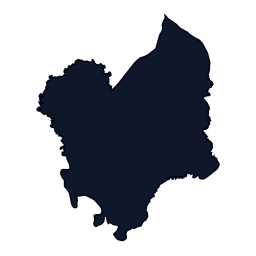 outline of Na Thom, Nakhon Phanom, Thailand
{"feature_id": "78962969B75558951633427", "entity_name": "Na Thom", "entity_type": "district", "adm_level": 2, "iso_a3": "THA", "parent_name": "Thailand", "parent_adm1": "Nakhon Phanom", "projection": "robinson", "projection_center": [104.092, 17.839], "detail": "fine", "context": "isolated", "style": "filled", "palette": "ink", "viewbox_px": 256, "rotation_deg": 0, "n_neighbors": 0, "source": "geoboundaries", "source_scale": "gbopen_adm2", "svg_char_len": 5722}
<svg xmlns="http://www.w3.org/2000/svg" viewBox="0 0 256 256"><path d="M108.3,223.4L109.1,222.7L111.0,222.8L113.2,224.5L117.3,225.1L118.9,226.6L117.3,230.7L114.0,233.9L113.9,234.7L116.4,238.1L118.3,239.6L122.0,240.6L124.0,240.1L126.3,238.3L125.8,233.8L126.3,231.6L129.3,229.2L130.1,229.6L131.4,227.7L134.1,228.4L137.8,226.5L139.2,226.3L139.8,225.5L140.8,226.0L143.2,221.5L146.1,219.6L146.4,218.4L147.7,216.7L147.1,212.7L145.6,210.1L146.5,207.8L146.3,206.7L148.7,202.3L149.8,201.8L149.5,200.9L150.2,198.5L151.9,197.7L152.3,196.7L154.1,196.4L154.0,195.4L152.9,192.9L154.8,192.8L155.6,191.3L156.7,190.9L156.5,188.5L158.3,187.6L159.2,185.8L159.3,184.8L167.2,179.9L167.7,179.0L168.9,179.4L169.2,178.6L168.3,178.1L169.7,177.4L170.5,176.0L170.9,177.4L171.5,176.4L172.0,176.7L172.3,179.0L173.4,178.9L174.0,177.2L175.1,177.5L175.7,176.9L176.0,177.3L175.9,178.5L176.8,177.5L177.8,177.7L177.8,176.8L178.7,177.0L179.2,178.0L180.0,177.7L180.1,176.8L181.5,176.3L181.9,176.8L181.6,177.9L182.8,178.0L182.6,176.9L183.6,176.6L184.1,177.0L184.5,174.9L185.0,175.3L185.9,175.0L185.7,176.4L186.0,176.5L187.0,173.2L187.9,172.4L187.7,171.7L188.3,172.2L188.4,173.1L189.1,173.5L189.5,173.4L189.0,172.6L189.6,172.4L190.8,174.2L191.8,173.7L192.5,174.0L193.7,173.7L193.7,175.0L192.9,176.9L193.1,177.5L194.7,177.6L195.4,176.7L196.3,176.7L197.7,174.7L198.7,175.6L199.5,178.1L200.6,178.7L203.7,178.8L207.9,176.1L216.2,169.6L217.6,167.9L218.9,165.3L219.0,163.7L217.1,160.6L216.5,158.5L214.6,157.5L214.1,156.6L213.8,157.3L213.3,157.2L213.5,156.4L212.7,157.2L212.5,156.5L211.0,155.5L210.9,154.4L211.3,153.9L210.9,153.0L211.3,152.6L210.1,152.3L210.3,152.2L209.7,151.4L210.5,150.0L210.9,150.1L210.7,149.5L212.2,148.3L212.4,146.8L211.6,145.4L212.2,144.9L211.7,144.4L212.0,143.9L211.6,142.5L210.5,142.3L209.8,141.0L208.2,140.4L208.2,139.8L207.5,140.0L207.8,139.2L206.6,138.7L206.3,137.9L206.7,137.2L206.2,137.4L206.9,136.6L206.6,135.9L205.7,134.7L205.4,135.6L204.8,135.6L205.2,135.1L204.6,135.0L204.9,134.2L204.4,134.2L204.3,133.1L203.4,133.5L203.6,132.8L202.8,131.7L203.2,129.4L205.2,129.3L205.1,128.8L205.8,128.9L205.5,127.9L207.2,128.3L208.1,127.1L207.7,126.6L208.5,125.5L208.4,124.8L209.6,124.0L208.9,122.4L210.6,120.5L209.9,119.4L209.7,118.0L209.3,118.2L209.3,117.2L208.7,117.2L208.0,116.0L208.4,113.8L208.2,110.6L209.1,109.4L209.2,107.6L206.5,102.3L206.0,102.2L204.9,100.4L203.1,98.7L203.0,97.7L204.8,96.1L206.6,95.9L207.2,95.5L208.8,95.6L209.9,95.0L209.4,93.3L207.5,92.8L207.2,91.7L207.7,91.3L207.5,90.1L208.2,89.7L209.0,87.8L211.1,87.1L211.2,86.2L212.3,85.2L212.4,84.0L212.9,83.8L212.0,82.8L212.0,82.1L209.5,80.4L209.2,78.8L208.6,78.5L208.4,77.9L208.2,76.8L208.7,76.4L207.9,74.7L209.2,70.8L209.7,62.4L207.4,53.2L202.3,43.5L199.4,40.3L193.8,37.3L189.4,34.3L187.7,32.6L180.1,28.3L176.0,24.2L168.2,18.9L165.1,15.4L165.3,17.9L162.9,23.0L162.3,25.2L162.8,28.0L162.3,30.7L159.7,35.1L156.0,48.6L148.2,54.8L144.4,56.7L140.2,58.0L137.0,60.7L134.5,63.2L119.0,82.9L115.2,87.2L112.6,89.4L110.8,90.4L110.3,89.9L109.8,88.6L110.5,89.1L111.2,88.6L110.6,87.9L111.3,87.4L111.4,86.4L108.9,85.5L109.1,84.7L108.4,84.9L106.9,82.8L107.0,82.5L108.1,83.2L108.8,82.5L108.5,80.0L108.9,79.1L108.2,78.5L108.2,77.2L111.0,75.1L110.4,74.4L110.7,73.5L110.2,72.4L109.2,72.2L108.0,73.7L104.8,73.6L103.3,72.5L104.0,71.3L102.8,68.6L105.0,67.7L104.6,66.0L103.9,65.5L102.4,66.7L102.2,65.2L100.7,63.7L99.3,64.9L96.4,64.8L94.6,63.0L93.6,60.6L92.7,59.9L92.7,60.5L92.2,60.3L92.2,61.9L90.1,62.5L90.0,62.0L89.2,62.3L87.3,61.2L83.5,61.7L81.9,60.3L80.5,60.4L78.5,59.6L76.1,60.8L75.4,61.8L74.8,64.3L74.0,64.5L72.9,64.0L72.0,65.5L71.6,65.3L71.3,66.3L69.6,66.5L69.4,65.8L69.0,65.8L69.0,66.6L68.4,66.9L69.2,68.0L68.0,68.3L67.6,69.0L65.1,68.9L65.0,69.4L65.7,70.2L64.9,70.4L65.1,70.6L64.2,71.1L64.1,71.8L64.4,72.4L65.1,72.2L65.3,73.7L64.5,75.1L63.9,75.1L63.2,76.1L61.3,76.9L60.4,76.4L60.4,77.1L59.1,76.8L58.8,77.3L58.1,76.9L56.2,77.7L56.1,77.2L54.4,77.0L53.2,77.6L51.6,76.9L51.8,75.9L51.0,76.2L50.8,75.8L49.7,76.5L49.4,77.2L50.5,77.3L49.9,78.3L50.7,78.5L51.0,78.1L51.3,79.3L50.8,79.7L50.4,79.3L50.0,80.6L48.9,80.3L47.7,81.1L47.4,82.1L46.6,82.2L47.0,84.5L47.4,85.0L47.2,85.8L47.8,86.3L47.4,86.8L47.0,86.6L47.2,87.3L46.4,86.8L45.8,87.1L46.2,89.1L45.5,89.5L45.6,89.9L44.6,90.8L43.9,92.6L43.4,92.9L43.9,94.3L42.9,94.9L41.0,93.8L39.5,95.3L39.3,96.6L39.7,97.3L40.7,96.6L42.8,96.7L41.2,98.8L40.8,98.7L40.6,97.8L40.1,97.7L39.8,99.8L40.5,100.9L42.9,103.0L42.1,103.6L41.7,102.5L40.7,101.6L39.0,102.2L41.4,106.7L40.6,107.6L39.2,107.1L38.7,107.4L37.0,109.1L37.2,110.0L38.1,110.8L39.3,111.0L39.4,109.3L39.8,109.1L41.0,111.7L44.0,114.4L46.8,113.6L47.8,116.2L49.8,116.4L51.9,119.0L53.8,118.2L54.6,119.8L53.7,120.0L53.3,120.9L52.2,120.3L51.5,120.5L53.0,121.8L51.8,122.2L51.6,122.8L52.9,123.4L52.4,123.8L52.1,125.0L50.6,125.2L50.5,125.8L51.7,127.2L55.1,128.0L54.8,130.4L55.2,131.2L56.3,131.6L56.0,132.3L56.4,133.6L60.3,134.0L60.3,134.5L59.1,135.0L58.8,135.7L63.5,136.5L62.3,137.9L63.5,138.9L61.3,140.5L61.7,141.3L62.7,141.6L63.3,143.5L64.4,143.8L64.6,144.4L63.8,146.3L61.5,147.0L60.4,148.2L60.3,148.8L60.6,149.1L62.9,147.9L64.4,148.4L63.8,150.1L64.9,150.4L63.6,153.0L62.6,152.2L62.3,152.4L62.2,154.6L62.7,155.3L66.8,156.0L67.2,159.2L69.6,164.1L70.2,168.0L69.5,169.2L68.4,169.7L62.3,169.6L61.1,171.2L60.8,173.5L61.8,176.5L64.5,180.2L64.6,186.5L67.8,190.1L69.7,193.6L71.7,203.7L72.6,206.0L73.7,207.2L75.0,207.6L76.1,207.6L76.9,206.7L76.7,203.2L77.3,200.2L76.7,197.0L77.4,196.0L85.5,195.1L92.1,198.3L95.0,200.3L100.2,206.2L101.6,208.5L102.0,210.2L101.9,212.6L101.0,214.0L99.3,214.8L95.7,214.8L94.3,215.5L94.8,219.8L93.9,223.6L94.6,225.6L95.5,226.3L96.3,226.4L98.3,225.1L100.8,224.3L102.5,223.0L103.8,221.1L104.2,216.7L104.8,215.9L106.8,216.8L107.2,220.8L108.3,223.4Z" fill="#0f172a" stroke="#020617" stroke-width="1.5"/></svg>